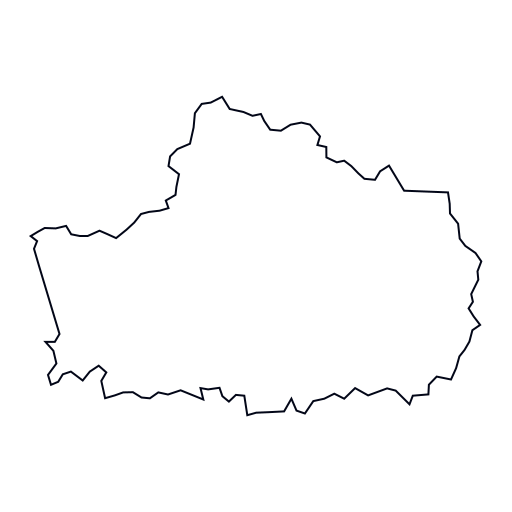 Lagoa de São Francisco, Piauí, Brazil (Albers equal-area conic projection)
{"feature_id": "56859067B87482275169203", "entity_name": "Lagoa de São Francisco", "entity_type": "district", "adm_level": 2, "iso_a3": "BRA", "parent_name": "Brazil", "parent_adm1": "Piauí", "projection": "albers", "projection_center": [-41.587, -4.356], "detail": "fine", "context": "isolated", "style": "outline", "palette": "ink", "viewbox_px": 512, "rotation_deg": 0, "n_neighbors": 0, "source": "geoboundaries", "source_scale": "gbopen_adm2", "svg_char_len": 1661}
<svg xmlns="http://www.w3.org/2000/svg" viewBox="0 0 512 512"><path d="M320.0,136.4L310.0,124.6L301.4,122.6L290.6,124.7L280.9,130.7L270.2,129.7L264.2,120.9L260.9,114.0L252.5,115.8L243.5,112.0L229.7,109.0L222.1,96.8L210.7,102.6L201.7,103.9L194.9,113.2L193.6,127.5L190.0,143.7L177.3,149.1L170.1,156.4L168.5,166.1L179.0,174.2L176.4,186.9L175.5,194.9L165.8,200.5L168.5,208.1L159.6,210.7L149.0,211.9L141.0,214.0L134.2,222.6L126.5,229.7L116.1,238.1L107.1,234.0L99.5,230.7L87.7,236.0L79.8,236.0L71.2,234.3L66.1,225.9L55.7,228.4L44.7,228.0L37.8,231.8L30.7,236.1L37.1,241.1L34.0,248.8L39.1,266.2L59.5,334.0L54.8,341.9L45.5,341.9L53.4,350.8L56.4,363.5L48.0,374.9L51.0,384.8L58.2,381.8L62.8,374.3L70.9,371.6L82.7,380.5L89.8,371.6L98.7,365.7L106.3,372.4L101.3,380.9L105.1,398.2L114.8,395.4L123.2,392.4L132.9,392.2L141.5,397.5L149.9,398.3L158.3,392.4L168.0,394.5L180.6,390.3L203.3,399.5L200.5,388.1L208.1,389.4L219.5,387.8L222.4,396.2L228.9,401.6L235.9,394.9L244.3,395.7L247.3,415.2L256.2,412.7L268.2,412.2L284.1,411.4L291.4,398.7L296.5,410.6L304.9,413.5L313.3,401.1L324.3,398.7L334.3,393.7L344.2,398.7L355.1,388.1L368.1,395.4L387.1,388.4L395.7,390.6L409.5,404.3L412.8,395.7L428.4,394.4L428.9,384.7L436.7,376.6L451.0,379.5L456.1,368.2L459.4,356.4L464.5,350.0L469.4,341.6L472.4,330.2L480.1,324.9L473.7,316.5L468.6,308.4L472.9,301.8L471.2,294.1L478.3,279.7L477.5,271.3L481.3,261.4L475.5,253.0L465.3,245.9L459.7,238.6L458.1,223.7L450.0,213.5L449.7,203.8L448.0,192.4L404.1,190.7L389.0,165.6L380.1,171.3L375.0,179.8L364.4,178.8L358.4,173.4L351.3,166.1L344.2,160.7L336.8,162.3L326.4,157.4L326.3,147.0L317.4,145.0L320.0,136.4Z" fill="none" stroke="#020617" stroke-width="2"/></svg>